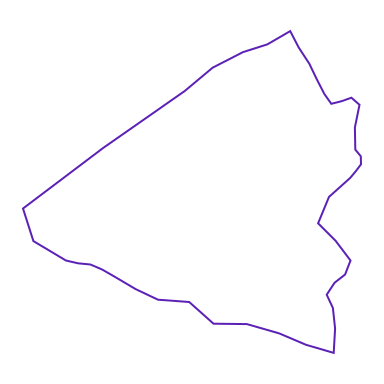 outline of Quba
{"feature_id": "AZE-1728", "entity_name": "Quba", "entity_type": "District", "adm_level": 1, "iso_a3": "AZE", "parent_name": "Azerbaijan", "parent_adm1": "", "projection": "orthographic", "projection_center": [48.506, 41.189], "detail": "fine", "context": "isolated", "style": "outline", "palette": "violet", "viewbox_px": 384, "rotation_deg": 0, "n_neighbors": 0, "source": "natural_earth", "source_scale": "10m", "svg_char_len": 652}
<svg xmlns="http://www.w3.org/2000/svg" viewBox="0 0 384 384"><path d="M333.7,352.9L306.0,344.8L279.2,333.4L246.9,324.1L213.5,323.7L189.2,302.0L158.0,299.7L135.6,289.1L113.6,276.1L102.1,269.5L90.4,264.5L78.0,263.3L65.9,260.5L33.4,241.1L23.0,208.5L103.1,148.0L184.6,91.1L212.6,67.7L243.0,52.1L267.3,44.4L290.2,31.1L298.7,47.5L309.3,63.7L316.6,78.9L324.3,93.9L331.3,103.8L341.6,101.2L351.4,97.7L359.5,104.8L354.9,127.4L355.3,149.6L360.8,156.3L361.0,164.3L355.8,171.2L350.3,177.8L329.0,196.9L318.1,223.3L335.6,240.8L350.5,260.5L345.1,274.5L334.6,282.7L326.7,294.7L332.9,308.0L335.1,328.6L333.7,352.9Z" fill="none" stroke="#5b21b6" stroke-width="2"/></svg>